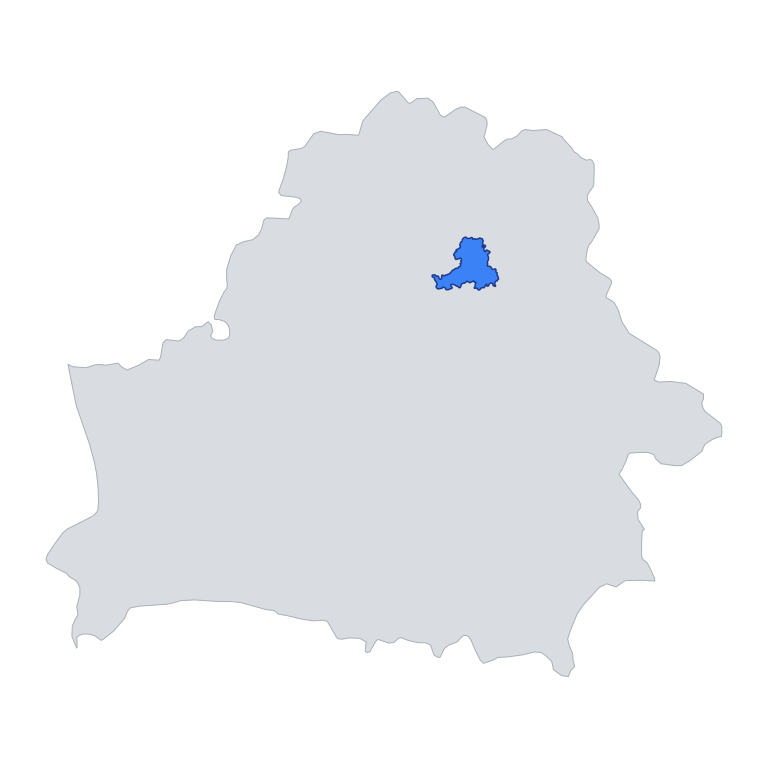 location of Chashniki, Vitebsk, Belarus
{"feature_id": "67162791B63587233546026", "entity_name": "Chashniki", "entity_type": "district", "adm_level": 2, "iso_a3": "BLR", "parent_name": "Belarus", "parent_adm1": "Vitebsk", "projection": "mercator", "projection_center": [29.143, 54.768], "detail": "fine", "context": "in_parent", "style": "filled", "palette": "blue", "viewbox_px": 768, "rotation_deg": 0, "n_neighbors": 0, "source": "geoboundaries", "source_scale": "gbopen_adm2", "svg_char_len": 9655}
<svg xmlns="http://www.w3.org/2000/svg" viewBox="0 0 768 768"><path d="M654.8,581.1L641.4,580.2L625.2,580.6L616.1,586.9L606.3,583.8L599.3,587.4L583.4,604.8L577.1,614.1L571.2,628.4L567.6,639.0L569.6,646.4L572.5,653.2L573.2,660.6L574.7,666.4L570.7,670.6L568.4,676.6L561.7,675.6L553.5,669.8L551.7,661.4L545.4,655.5L541.2,652.5L534.3,652.0L523.4,654.7L509.0,656.8L498.1,657.4L492.2,660.4L483.5,663.3L480.1,659.8L475.3,650.3L471.3,640.8L468.6,636.6L466.2,635.4L463.2,635.6L459.9,638.7L457.4,641.8L448.3,645.4L444.3,648.8L439.9,657.5L437.0,656.9L434.0,654.9L430.5,645.1L425.8,642.8L418.2,642.7L408.7,640.6L401.1,637.7L398.3,638.4L393.8,642.5L388.8,643.1L378.0,639.4L375.9,641.1L369.7,651.9L366.8,652.5L365.2,651.1L366.1,641.7L359.8,638.4L349.2,637.9L341.8,639.2L338.2,638.8L336.3,637.0L327.2,621.2L322.4,620.2L313.8,620.9L301.1,619.0L286.5,615.5L278.4,614.1L274.3,610.6L265.2,609.4L241.0,602.6L231.1,601.5L216.6,601.4L194.4,599.9L180.2,600.7L173.6,602.9L166.0,604.3L139.6,606.1L130.2,607.9L127.5,611.3L124.4,618.6L113.5,631.2L103.0,639.5L101.1,640.3L94.9,635.8L89.8,634.3L83.8,633.8L79.5,635.3L76.8,637.3L77.2,647.1L76.6,647.9L71.9,636.4L72.3,626.0L74.9,620.0L78.0,614.6L76.7,606.5L79.8,595.8L79.9,588.0L78.6,584.7L76.1,580.8L69.2,576.5L66.2,573.1L56.9,568.6L47.6,563.0L46.1,559.6L46.5,557.2L48.1,553.7L55.2,543.1L62.8,532.9L67.7,528.8L93.5,515.7L97.6,511.1L98.6,503.2L98.1,487.5L96.5,473.0L94.6,463.0L89.6,444.3L76.1,405.2L68.0,364.4L73.3,366.8L85.7,367.7L95.5,364.8L100.6,364.5L105.2,365.3L118.1,363.1L121.3,366.7L127.1,370.0L138.5,365.3L148.5,359.5L159.0,360.2L160.5,357.3L163.1,342.7L166.2,339.6L178.7,341.0L183.3,338.4L188.1,331.2L195.5,326.7L201.7,326.7L208.1,321.7L211.3,325.0L212.8,331.1L210.7,335.9L211.6,337.8L216.0,340.2L223.7,340.1L228.5,338.1L229.7,335.4L229.7,330.4L228.5,325.7L225.2,321.6L219.2,319.6L214.9,319.5L214.2,316.9L215.7,311.4L219.4,301.3L224.0,292.1L226.8,288.6L227.3,285.4L226.7,279.8L226.6,269.8L230.8,255.6L236.3,245.0L243.8,241.6L252.9,239.7L258.7,234.6L261.6,228.8L264.1,219.6L267.0,217.8L288.9,218.9L292.3,209.7L294.1,207.2L298.4,204.4L301.3,201.2L300.2,198.6L294.6,197.0L281.4,195.6L278.7,192.5L279.6,188.9L283.1,179.3L286.5,167.0L288.2,157.5L288.4,151.8L290.3,150.3L301.0,148.5L304.6,146.6L313.9,133.5L320.9,131.3L339.1,134.7L347.5,134.4L358.1,135.3L359.0,134.0L362.7,121.1L380.7,100.2L390.3,93.0L396.4,91.4L398.5,91.7L408.2,102.8L410.5,103.2L416.9,98.6L428.0,98.2L433.2,102.1L440.6,115.5L444.4,117.2L455.2,109.6L461.2,107.1L465.1,107.2L485.5,117.6L487.0,121.0L487.1,124.9L484.0,137.1L488.2,144.6L493.1,149.7L503.6,141.3L507.5,139.0L511.7,138.9L517.3,135.8L521.4,131.1L525.4,129.5L532.8,130.6L546.4,129.5L562.2,136.8L563.5,139.1L571.4,147.7L574.2,152.0L576.8,153.4L581.0,157.6L586.6,160.2L590.5,159.4L592.4,160.8L594.1,164.1L594.2,169.7L593.7,185.7L588.0,194.1L587.3,197.0L587.5,200.5L592.0,207.3L597.8,218.0L599.1,224.2L599.1,228.8L591.3,242.4L588.6,245.5L586.8,252.2L585.9,258.9L586.4,261.7L599.6,272.5L609.3,278.3L611.5,281.1L611.7,282.9L606.5,294.4L606.0,297.4L613.8,302.2L618.1,309.6L621.9,321.8L629.3,333.4L656.8,350.4L659.2,353.4L660.1,357.0L659.2,364.9L654.2,379.9L658.9,382.1L671.0,381.5L685.8,383.4L703.5,394.0L703.5,398.7L701.7,403.0L702.9,407.6L704.9,411.4L720.2,423.2L721.7,426.6L721.9,432.3L721.5,436.5L717.3,437.4L712.5,439.3L704.8,444.3L701.8,451.4L689.3,461.1L681.6,465.5L675.5,465.7L660.9,463.7L655.8,458.9L653.7,454.5L648.1,452.5L640.6,452.4L630.3,453.1L628.2,454.4L626.5,459.9L622.2,469.1L619.0,474.3L632.1,492.5L638.6,500.0L640.7,504.5L640.6,507.8L637.5,511.6L638.0,519.3L644.4,529.4L642.2,531.0L641.6,543.4L641.6,556.6L643.3,559.8L646.8,562.4L649.6,567.2L654.5,578.2L654.8,581.1Z" fill="#d9dde1" stroke="#a8b0b8" stroke-width="1"/><path d="M465.4,237.1L465.1,237.2L464.2,237.6L463.8,237.8L463.4,238.2L463.1,238.6L462.8,238.9L462.4,239.3L462.3,239.9L462.3,240.3L462.2,240.7L462.1,241.0L462.0,241.3L461.5,241.8L461.1,242.0L460.8,242.2L460.5,242.5L460.4,243.0L460.4,243.4L460.3,243.8L460.2,244.2L459.9,244.7L459.8,245.1L459.9,245.6L460.0,245.8L460.3,246.2L460.5,246.5L460.5,246.8L460.3,247.2L459.9,247.7L459.6,247.9L459.2,248.2L458.6,248.6L458.1,248.9L457.6,249.3L457.0,249.4L456.5,249.6L456.3,249.7L456.0,250.3L456.1,250.5L456.4,250.7L456.6,250.9L456.6,251.1L456.5,251.3L456.3,251.6L455.9,251.8L455.5,251.9L455.1,252.0L454.9,252.2L454.7,252.7L454.6,253.1L454.4,253.6L454.1,254.0L453.7,254.3L453.7,254.8L453.8,255.3L454.1,255.7L454.5,256.1L454.7,256.4L454.9,256.9L455.0,257.6L455.1,258.2L455.1,258.6L455.4,258.9L455.9,259.4L456.5,259.4L456.9,259.3L457.3,259.0L457.7,258.8L458.5,258.8L459.1,258.8L459.5,258.5L459.7,258.2L460.0,258.1L460.5,258.1L461.0,258.5L461.3,259.0L461.5,259.6L461.3,260.2L460.8,260.7L460.8,261.2L460.8,261.5L461.1,261.8L461.3,262.3L461.1,262.9L460.9,263.2L460.5,263.4L460.1,263.7L460.2,264.1L460.4,264.5L460.6,265.0L460.5,265.7L460.3,266.3L459.7,266.6L459.1,266.6L458.7,266.9L458.4,267.4L458.1,267.9L457.5,268.2L456.7,268.2L456.0,268.4L455.4,268.5L455.0,268.7L454.7,269.1L454.4,269.5L453.8,269.8L453.4,270.0L453.0,270.0L452.3,270.4L452.0,271.0L451.4,271.6L451.1,272.0L450.8,272.3L450.4,272.7L450.1,273.1L449.7,273.6L449.2,273.9L448.7,274.0L448.3,274.1L447.8,274.4L447.5,274.6L447.1,274.8L446.6,274.8L446.2,274.8L445.9,274.9L445.6,275.1L445.3,275.4L444.7,275.8L444.3,275.9L443.7,275.8L443.4,275.4L442.8,275.1L442.5,275.1L442.0,275.2L441.8,275.5L441.7,276.1L441.6,276.9L441.6,277.5L441.6,278.0L441.5,278.6L441.2,278.9L440.6,279.2L439.8,279.1L439.4,278.9L439.1,278.4L438.9,277.7L438.7,277.1L438.5,276.6L438.4,276.4L437.9,276.0L437.4,276.0L436.9,276.2L436.4,276.2L436.0,276.1L435.8,275.6L435.5,275.2L435.0,275.0L434.4,274.9L433.8,274.9L432.7,275.0L432.3,275.3L432.2,275.9L432.3,276.7L432.4,277.0L433.3,277.1L433.8,277.6L434.4,278.0L434.5,278.8L434.5,279.4L434.9,280.1L435.7,281.3L436.4,282.3L436.7,283.1L437.0,283.7L437.2,284.2L436.7,285.2L436.4,285.6L436.0,286.7L436.3,287.4L437.0,288.3L437.6,288.8L438.3,288.9L439.8,288.7L440.9,288.4L441.8,288.4L442.2,287.9L442.6,287.4L443.1,287.0L443.7,287.2L444.1,287.6L444.9,287.6L445.4,288.3L445.6,289.0L445.9,289.5L446.8,289.7L448.0,289.7L448.9,289.5L449.5,289.1L449.9,288.9L450.4,288.7L450.6,288.7L451.3,288.6L452.0,288.2L452.1,287.8L452.1,287.4L451.6,286.6L451.2,286.1L450.8,285.6L450.6,285.0L451.0,284.6L451.5,284.4L452.6,284.3L453.7,284.6L454.5,284.9L455.2,285.3L455.9,285.6L457.1,286.3L458.0,286.6L458.6,287.2L459.1,287.7L459.6,287.8L460.1,287.6L460.4,287.3L460.7,286.6L460.9,286.0L461.0,285.4L461.6,284.2L462.4,283.6L463.1,283.2L464.0,283.2L464.6,283.1L465.2,282.7L466.0,282.1L466.6,281.5L467.0,281.2L467.6,281.4L468.8,282.2L469.5,282.6L469.9,282.6L470.5,282.4L471.4,282.0L471.9,281.7L472.7,281.3L473.3,281.0L474.1,281.4L474.1,281.9L474.6,282.2L475.8,282.2L475.9,283.1L475.5,283.8L475.1,284.8L475.1,285.7L475.1,286.5L474.4,287.6L474.2,287.9L474.4,288.1L474.6,288.2L475.2,288.2L475.7,288.2L476.4,288.2L476.8,288.2L477.1,288.5L477.4,288.7L477.6,289.0L477.9,289.4L478.1,289.7L478.3,289.9L478.5,290.0L479.2,290.0L479.7,289.7L479.9,289.6L480.1,289.4L480.4,289.1L481.1,288.2L481.3,288.0L481.8,287.6L482.4,287.6L483.1,287.7L483.5,287.7L484.3,287.6L484.5,287.1L484.8,286.5L485.0,286.3L485.4,285.6L485.7,285.0L486.2,284.4L486.6,284.3L486.8,284.9L486.7,285.4L486.8,285.8L487.2,286.2L487.5,286.2L488.4,285.9L488.7,285.4L488.9,285.0L489.1,284.4L489.7,283.7L490.3,283.2L491.1,283.1L491.7,283.1L492.5,283.4L492.8,283.6L492.8,284.3L492.8,284.8L493.0,285.3L493.4,285.5L493.9,285.9L493.9,286.0L495.0,286.4L495.5,286.1L495.5,285.5L495.0,284.7L494.8,284.1L494.8,283.1L495.0,282.4L495.3,281.8L495.7,281.3L496.2,281.0L496.8,280.9L497.1,280.9L497.1,280.5L497.3,280.1L497.8,279.7L498.2,279.4L498.6,278.9L498.5,278.4L498.2,278.0L498.1,277.3L498.0,276.7L497.9,276.1L497.5,275.8L497.1,275.3L497.1,274.6L497.1,274.0L497.2,273.4L497.1,273.0L496.9,272.6L496.5,272.4L496.1,272.2L495.9,271.6L495.9,271.2L495.9,270.8L496.0,270.2L496.0,269.8L495.7,269.3L495.2,268.9L494.8,268.9L494.4,269.2L494.0,269.4L493.4,269.4L492.7,269.3L492.2,269.2L491.8,268.7L491.3,267.9L491.1,267.4L490.8,266.9L490.2,266.4L489.5,266.4L488.8,266.3L488.3,266.3L487.5,266.1L487.3,265.7L487.3,265.4L487.5,265.0L487.6,264.6L487.7,264.2L487.7,263.8L487.5,263.3L487.4,263.0L487.3,262.5L487.5,261.6L487.7,261.1L487.9,260.8L488.2,260.2L488.3,259.7L488.4,259.1L488.5,258.4L488.5,257.8L488.5,257.4L488.3,256.7L488.1,256.2L487.8,255.7L487.6,255.2L487.5,254.6L487.8,254.2L488.5,253.8L489.2,253.3L489.7,252.7L490.0,252.2L489.9,251.8L489.6,251.5L489.4,251.4L489.1,251.2L488.7,251.0L488.4,250.8L488.0,250.7L487.8,250.6L487.5,250.4L487.2,250.2L486.9,250.1L486.5,250.1L486.2,250.2L486.0,250.5L485.8,250.9L485.8,251.3L485.6,251.6L485.3,251.7L484.9,251.5L484.6,251.3L484.5,250.9L484.3,250.6L484.2,250.4L483.9,250.1L483.7,249.6L483.7,249.1L483.8,248.6L484.0,248.1L484.3,247.6L484.5,247.5L485.0,247.2L485.3,246.7L485.5,246.3L485.5,245.8L485.3,245.4L484.8,245.2L484.4,245.2L483.9,245.4L483.6,245.8L483.5,246.4L483.5,246.8L483.4,246.9L483.1,247.2L482.7,247.2L482.2,246.9L482.1,246.2L482.2,245.7L482.4,245.2L482.5,244.8L482.9,244.2L483.0,243.9L482.8,243.4L482.6,243.1L482.5,242.7L482.6,242.4L482.7,241.9L483.0,241.5L483.2,241.3L483.2,241.0L483.1,240.7L482.8,240.2L482.7,239.6L482.6,239.3L482.4,239.0L482.2,238.8L481.8,238.6L481.4,238.6L481.1,238.6L480.7,238.5L480.5,238.3L480.2,238.1L479.8,238.1L479.4,238.1L479.2,238.3L478.8,238.5L478.3,238.7L477.8,238.9L477.3,239.1L476.7,239.3L475.8,239.3L475.2,238.9L475.0,238.7L474.6,238.7L474.1,238.9L473.7,239.1L473.3,239.2L472.9,239.2L472.7,238.8L472.5,238.4L472.4,237.9L472.1,237.6L471.6,237.5L471.0,237.7L469.9,238.2L469.4,238.4L468.9,238.5L468.1,238.5L467.5,238.4L467.0,238.2L466.6,237.8L466.4,237.5L466.0,237.2L465.4,237.1Z" fill="#3b82f6" stroke="#1e3a8a" stroke-width="1.5"/></svg>